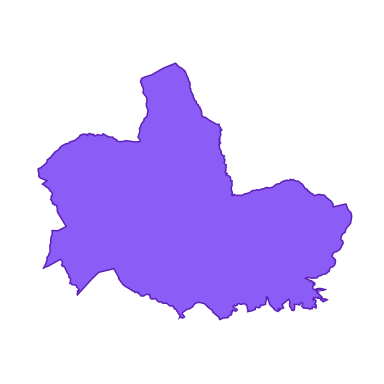 outline of Plopu, Prahova, Romania, rotated 354°
{"feature_id": "2599482B39096180875647", "entity_name": "Plopu", "entity_type": "district", "adm_level": 2, "iso_a3": "ROU", "parent_name": "Romania", "parent_adm1": "Prahova", "projection": "natural_earth1", "projection_center": [26.161, 45.031], "detail": "fine", "context": "isolated", "style": "filled", "palette": "violet", "viewbox_px": 384, "rotation_deg": 354, "n_neighbors": 0, "source": "geoboundaries", "source_scale": "gbopen_adm2", "svg_char_len": 6041}
<svg xmlns="http://www.w3.org/2000/svg" viewBox="0 0 384 384"><g transform="rotate(354 192 192)"><path d="M319.9,285.5L321.4,281.8L324.4,281.0L326.2,279.5L326.9,277.9L327.5,275.9L327.4,274.3L324.4,270.6L325.7,268.0L327.0,266.8L329.7,266.4L333.2,264.5L337.0,258.7L336.7,256.5L335.0,254.8L335.7,252.1L337.2,249.6L340.0,248.1L341.4,244.5L346.3,239.9L348.2,233.7L348.2,230.8L347.7,228.7L345.6,226.5L343.8,220.0L331.0,221.5L330.9,218.6L329.4,215.7L325.2,211.6L323.3,209.0L317.8,207.6L313.5,208.3L312.7,208.1L312.1,206.8L308.9,204.7L308.6,203.6L307.0,202.8L307.0,201.6L304.9,200.3L302.6,195.8L301.0,194.6L299.0,192.4L296.7,192.1L294.6,190.9L294.0,190.1L293.1,190.7L291.3,189.7L289.3,190.9L288.0,190.2L285.0,190.4L281.5,191.7L280.5,192.8L276.6,193.1L272.5,195.7L269.7,196.0L266.1,195.3L264.3,196.1L260.6,196.5L259.2,197.2L257.1,196.5L254.7,197.0L251.9,197.0L249.0,198.8L244.0,199.5L241.3,200.6L234.8,199.8L233.6,198.7L232.4,199.8L231.4,199.6L232.1,196.5L231.4,194.4L231.5,191.8L232.6,189.5L232.7,186.5L233.1,185.2L231.7,185.1L231.7,181.1L229.3,179.1L227.6,178.4L228.9,177.3L226.9,175.7L228.2,173.6L227.9,172.0L228.5,171.3L228.6,169.2L228.9,168.6L227.7,167.9L226.9,166.2L227.8,164.7L228.1,162.9L227.2,162.1L227.1,161.4L228.0,159.6L226.7,159.2L225.3,157.6L225.2,154.3L223.8,151.1L224.2,148.4L223.7,147.6L225.6,146.2L224.3,145.2L225.2,144.2L224.3,143.2L225.5,141.9L224.9,141.2L226.7,138.0L226.2,134.5L227.9,133.9L228.1,132.9L226.8,132.4L227.1,131.3L226.1,129.4L226.0,127.5L224.2,127.5L222.9,126.8L216.2,122.0L214.3,120.1L212.7,119.0L211.3,118.8L209.8,117.1L209.9,113.0L209.3,110.6L208.7,110.1L208.8,108.6L207.6,107.3L207.3,105.8L206.4,105.3L205.6,103.9L205.6,102.3L203.9,100.9L204.1,99.7L203.2,97.8L203.2,95.8L201.7,92.3L201.3,90.1L201.5,89.2L200.9,88.6L200.8,87.1L201.4,85.5L201.2,82.4L200.4,80.9L200.0,78.2L199.2,76.5L197.7,71.0L194.1,67.3L192.1,66.3L189.2,62.2L176.5,65.8L163.8,71.4L156.6,72.8L153.5,74.0L153.5,75.3L152.6,75.9L152.3,77.6L153.4,79.2L153.1,80.9L154.3,82.9L154.3,85.9L153.6,88.2L156.9,93.5L156.7,97.2L155.7,99.5L155.7,102.2L156.7,105.6L156.6,107.1L155.1,112.1L151.9,114.3L151.8,115.7L148.5,119.5L147.9,121.1L146.7,122.9L146.3,124.1L146.7,125.9L144.1,131.6L144.5,132.8L145.9,134.4L145.7,136.3L141.2,136.4L131.7,134.0L128.7,134.5L124.7,134.3L122.7,133.4L122.6,132.3L119.3,130.3L119.0,129.2L114.9,128.6L114.3,127.8L113.2,127.7L112.3,126.4L111.3,126.2L110.0,124.9L109.5,124.9L109.0,125.7L107.9,126.4L104.3,125.0L101.6,126.3L100.2,124.4L98.9,124.9L98.5,123.9L97.2,124.0L96.3,123.0L94.5,123.7L94.1,124.8L92.3,123.3L91.1,123.8L90.2,123.0L89.7,123.0L87.7,124.0L87.0,123.6L85.3,125.6L81.1,128.4L75.9,129.4L74.5,130.7L71.7,130.8L67.3,132.6L65.1,134.1L64.0,135.8L59.5,138.1L58.5,139.5L56.8,140.7L55.5,142.6L53.9,143.2L52.7,144.5L51.4,144.8L51.4,145.9L49.9,148.2L44.5,151.9L41.4,152.9L41.3,155.7L41.7,156.6L41.3,160.5L42.5,162.1L49.0,165.6L44.1,168.4L44.1,168.8L46.1,169.8L46.9,171.1L49.8,173.5L50.9,175.8L52.3,177.3L53.0,180.0L51.5,181.5L51.6,183.1L50.6,184.5L51.9,186.7L52.1,189.1L53.4,189.1L53.6,190.4L55.8,191.0L56.3,194.3L56.0,196.8L56.5,198.8L63.3,213.1L54.7,216.5L48.8,215.7L48.6,219.7L47.3,221.8L46.3,225.7L46.3,228.0L45.0,230.3L44.7,236.6L43.4,238.3L42.7,240.2L40.9,241.9L40.8,244.4L38.1,250.0L35.8,252.6L37.8,251.4L41.3,250.7L54.2,245.1L55.8,247.6L55.6,249.4L54.7,250.5L55.0,251.9L57.4,253.2L59.7,259.9L60.8,261.2L60.7,264.1L62.2,265.1L62.0,266.8L61.0,270.1L62.3,270.5L62.7,271.5L66.9,272.5L67.4,274.5L68.8,275.9L69.5,277.5L69.0,278.2L67.7,278.4L68.0,279.6L67.1,281.4L67.3,282.3L83.6,267.8L90.4,262.5L91.7,262.0L106.3,260.1L110.6,270.3L110.0,270.5L113.9,277.1L115.2,278.4L122.4,283.8L122.4,284.2L123.6,284.3L124.4,284.9L124.5,285.9L128.2,286.1L127.9,287.2L129.3,288.1L130.2,290.0L133.1,290.4L134.5,289.4L136.7,289.0L137.7,289.6L139.2,289.6L139.3,292.6L140.1,294.0L141.7,294.4L144.1,294.1L144.9,294.5L145.8,296.2L147.3,297.8L149.7,298.0L151.2,299.5L155.4,300.1L158.3,303.2L160.8,302.9L161.2,304.2L162.2,305.3L162.2,306.3L164.0,307.3L164.6,309.0L165.5,309.7L165.4,310.9L167.3,313.8L166.5,315.6L167.2,315.1L169.3,316.4L171.5,315.5L170.9,314.0L169.6,312.7L169.8,311.3L170.3,310.7L174.8,308.2L178.0,307.7L179.4,306.7L180.5,306.4L182.9,303.5L185.8,302.5L188.1,302.6L192.8,304.4L196.3,308.7L199.5,311.4L200.3,313.9L205.9,319.6L206.0,321.2L206.4,321.8L209.5,320.7L214.8,320.6L215.5,319.2L218.4,318.2L218.8,316.4L218.3,315.6L219.5,315.5L220.0,313.7L222.7,315.0L224.0,314.8L224.7,314.0L224.5,313.3L221.2,311.2L221.1,309.6L222.1,309.1L223.3,309.9L225.0,309.3L225.3,308.3L227.0,307.9L229.0,308.9L232.3,308.4L234.8,310.6L235.0,314.5L235.4,315.3L234.9,316.8L239.1,316.4L242.7,315.3L242.8,313.7L244.3,313.3L246.2,314.2L247.8,313.5L248.2,313.2L248.3,311.7L250.4,311.6L251.0,312.0L253.4,311.3L253.8,309.0L255.2,306.6L254.6,304.8L255.5,304.1L256.9,306.3L256.8,308.6L257.6,311.9L258.2,313.0L260.7,315.8L262.2,318.2L265.1,319.9L266.3,318.9L265.4,317.2L266.6,316.9L267.0,318.5L269.0,317.1L270.9,316.9L269.9,313.4L276.9,308.7L277.9,311.3L277.4,312.9L277.2,315.8L278.4,317.9L278.8,319.8L279.6,320.3L280.8,320.4L281.3,320.0L282.1,317.1L281.9,314.6L285.0,314.7L287.1,315.6L287.6,315.4L288.4,313.8L289.3,313.3L290.6,314.5L289.2,317.1L291.2,319.4L292.6,319.0L294.1,319.9L295.3,319.8L297.0,320.9L297.4,320.3L299.3,320.6L299.5,319.2L300.5,318.8L303.1,320.3L303.8,318.1L303.3,316.8L302.1,316.3L303.5,314.7L303.9,313.2L303.0,311.6L301.4,312.0L301.7,311.1L301.3,310.5L303.4,309.6L305.8,310.7L306.4,309.9L306.9,309.9L307.0,310.9L309.5,310.9L308.6,312.6L309.7,313.2L310.5,314.5L311.1,314.9L315.2,313.3L313.5,312.3L311.4,312.1L310.4,311.3L310.1,309.5L308.9,308.7L307.8,306.9L306.2,305.9L306.0,305.1L307.1,304.7L305.9,304.5L305.3,303.4L307.8,302.5L312.0,303.6L314.2,302.9L309.9,301.4L307.2,301.1L305.0,301.6L305.0,302.3L303.8,302.2L302.3,300.9L302.1,299.6L302.3,298.3L304.0,297.3L304.6,296.5L304.6,295.6L303.1,295.6L303.8,294.9L301.6,292.8L300.7,292.9L300.5,293.4L298.9,291.3L295.7,289.9L297.2,289.1L298.5,289.0L302.0,290.2L307.3,290.5L309.3,288.6L311.3,288.6L313.4,287.6L316.9,287.3L318.9,285.7L319.9,285.5Z" fill="#8b5cf6" stroke="#5b21b6" stroke-width="1.5"/></g></svg>